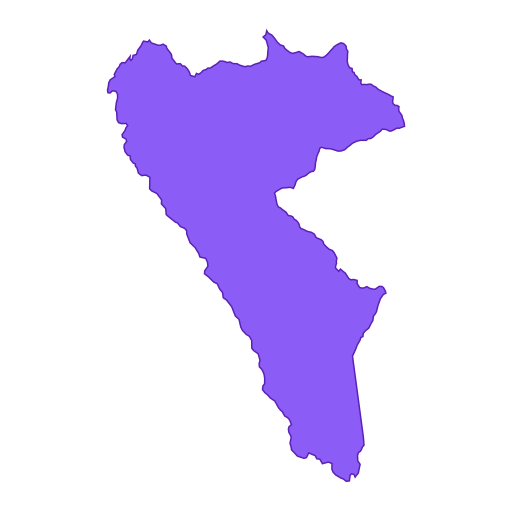 Cachoeira Alta, Goiás, Brazil
{"feature_id": "56859067B56256761057060", "entity_name": "Cachoeira Alta", "entity_type": "district", "adm_level": 2, "iso_a3": "BRA", "parent_name": "Brazil", "parent_adm1": "Goiás", "projection": "robinson", "projection_center": [-50.962, -18.602], "detail": "fine", "context": "isolated", "style": "filled", "palette": "violet", "viewbox_px": 512, "rotation_deg": 0, "n_neighbors": 0, "source": "geoboundaries", "source_scale": "gbopen_adm2", "svg_char_len": 5123}
<svg xmlns="http://www.w3.org/2000/svg" viewBox="0 0 512 512"><path d="M108.8,82.6L108.2,87.1L107.5,89.9L107.9,92.7L110.1,93.0L112.4,90.8L115.9,91.3L117.5,94.1L117.6,98.1L116.4,102.4L115.5,109.7L116.7,112.1L116.9,116.1L117.1,119.9L118.6,122.7L121.5,123.6L126.1,123.5L127.7,125.5L125.8,128.1L125.0,130.6L122.1,134.6L122.5,137.2L125.9,138.9L126.7,141.3L124.3,144.6L124.0,147.3L125.1,151.7L127.5,155.0L130.1,156.0L130.5,159.6L133.2,163.0L135.3,163.9L135.4,166.1L137.1,168.2L138.4,173.1L141.6,175.6L146.0,175.1L149.9,177.3L149.6,188.8L151.8,191.0L156.9,193.5L161.6,199.9L161.4,203.9L165.7,208.6L166.0,212.0L166.2,214.6L168.8,216.9L175.5,222.2L177.5,222.9L180.3,226.5L184.7,228.4L186.6,230.7L186.8,234.2L190.1,242.8L195.0,247.4L198.7,253.4L199.9,257.0L205.7,258.4L207.5,262.2L207.9,266.3L204.7,270.8L204.5,273.8L208.3,276.7L213.8,282.1L217.3,283.8L219.6,288.9L222.5,292.5L223.3,297.8L226.5,300.0L231.7,306.7L235.4,316.1L239.0,319.3L240.8,327.1L242.4,330.3L246.1,334.3L249.5,336.4L251.7,340.5L251.8,348.3L253.6,350.5L258.2,353.8L260.0,360.4L259.1,363.6L259.4,366.9L261.7,369.2L263.2,372.1L264.2,374.9L264.7,378.6L264.6,383.8L262.9,386.0L262.5,389.7L264.8,392.6L267.7,395.0L270.3,398.0L274.8,401.0L278.7,408.0L280.3,409.9L282.3,411.7L284.7,416.0L287.0,417.3L288.5,418.5L289.7,420.2L291.5,424.6L289.1,426.6L288.4,428.9L288.8,432.1L290.7,435.6L291.2,437.7L290.0,443.2L291.2,447.3L291.5,449.8L294.4,452.8L297.4,456.1L304.0,458.3L306.4,457.6L308.8,452.9L312.8,454.7L315.1,455.5L316.8,458.8L319.9,459.2L321.2,461.6L322.4,463.7L326.8,462.5L328.5,462.1L332.0,463.6L331.9,467.0L331.9,469.2L333.0,472.0L335.6,474.9L341.0,478.1L343.4,479.0L346.2,481.3L349.4,480.9L350.1,475.4L351.6,473.8L354.0,474.4L355.1,477.1L356.5,475.2L358.3,473.1L360.1,464.3L357.8,460.9L357.5,455.5L358.4,452.7L360.7,450.9L362.6,446.8L364.0,445.1L363.4,437.4L352.5,356.1L354.3,352.3L356.1,348.2L357.1,345.2L359.9,340.5L360.8,337.5L362.9,336.6L363.3,333.2L365.4,330.8L368.8,328.1L370.9,323.8L372.8,320.6L373.5,316.1L375.5,313.5L376.5,311.5L377.9,305.7L380.5,298.5L383.4,294.4L385.9,293.2L385.4,291.2L383.6,287.8L381.8,286.4L379.2,286.4L377.2,287.8L375.0,289.3L371.9,288.9L369.7,288.3L366.8,286.6L364.1,287.9L362.2,288.1L359.7,287.6L357.2,283.8L357.1,280.4L353.8,279.5L351.1,279.8L348.9,278.7L345.3,273.1L343.2,271.5L340.4,269.1L338.8,271.3L337.0,269.5L335.6,268.2L335.6,266.0L336.5,263.4L336.3,261.0L336.9,258.1L334.1,252.6L332.4,250.5L329.1,249.2L326.7,247.1L324.9,245.3L323.6,243.7L323.1,241.6L321.2,239.7L319.0,238.8L317.2,238.2L315.8,237.0L314.4,234.2L311.4,232.3L308.6,231.7L306.3,230.9L303.9,229.6L300.8,228.4L299.6,226.7L299.1,224.3L298.0,222.4L296.4,220.5L294.3,219.3L292.7,216.8L291.0,216.0L288.2,215.5L286.1,212.2L282.7,209.8L280.4,207.9L278.3,206.9L277.0,204.2L276.0,199.2L275.5,196.0L274.5,193.2L275.8,191.7L277.7,190.5L279.8,189.3L282.0,188.0L286.5,187.7L290.3,187.3L293.4,188.4L295.0,185.0L296.1,181.5L297.6,179.3L301.8,177.0L304.3,176.2L306.1,175.3L307.6,174.0L309.4,172.5L311.6,171.5L313.4,171.3L314.7,169.4L315.3,166.0L315.5,162.7L316.2,160.1L316.7,156.7L317.9,153.7L319.1,151.1L319.8,148.2L321.4,147.3L323.6,147.9L326.1,148.7L327.9,148.6L331.0,148.9L335.6,150.3L337.9,151.1L341.0,151.0L344.8,149.7L347.9,146.8L349.7,145.6L352.5,143.2L354.4,142.3L357.0,141.1L360.7,140.3L366.3,140.3L368.2,138.7L370.7,138.5L373.1,137.0L375.7,134.4L380.4,131.2L382.3,129.1L384.7,129.3L387.2,129.8L388.9,130.9L391.0,131.1L394.3,129.6L396.6,128.2L399.4,128.2L401.7,127.3L404.5,126.3L404.3,123.8L403.7,121.2L402.6,118.5L401.9,115.4L399.0,111.3L398.7,108.8L399.0,106.6L397.0,105.4L395.2,105.4L393.4,104.1L392.6,102.1L393.0,98.9L393.1,96.8L391.1,96.0L389.0,94.7L385.3,93.0L382.2,91.5L380.2,90.4L377.9,89.1L375.9,87.1L373.3,86.0L371.5,84.4L369.4,84.1L366.7,84.6L364.0,84.4L361.9,84.7L360.7,83.1L361.2,79.9L358.9,79.8L356.9,76.5L354.8,74.7L354.0,72.4L352.4,71.8L352.1,68.5L349.6,67.7L348.0,64.8L347.2,61.1L347.4,58.2L347.5,54.4L347.8,51.3L346.4,48.9L346.1,46.1L343.7,43.6L341.0,42.8L338.3,44.0L336.0,45.4L334.2,46.6L332.7,48.5L331.2,50.0L328.5,53.1L326.0,55.6L323.3,57.4L320.6,57.4L318.0,56.7L312.2,56.3L309.9,56.5L307.8,56.8L306.1,56.3L303.5,54.1L301.5,52.9L299.1,51.5L296.1,52.5L292.7,53.4L290.1,52.6L286.8,50.1L284.9,48.5L283.5,45.9L280.1,44.8L277.1,41.9L275.1,39.0L273.2,36.6L271.7,34.9L269.7,34.0L267.9,32.7L266.7,30.7L265.9,34.7L263.1,37.0L266.2,40.1L267.3,44.0L268.3,47.7L267.9,51.1L267.6,55.5L267.1,58.1L265.9,60.4L261.3,61.2L259.8,62.7L256.9,63.6L254.5,64.3L252.3,65.4L250.6,66.3L247.8,66.0L244.9,66.7L239.8,65.2L237.0,63.7L233.0,63.6L230.2,62.0L226.8,62.5L225.0,61.6L222.7,61.1L219.9,61.1L216.7,64.0L214.0,65.6L210.0,68.2L208.1,68.0L206.0,69.5L202.9,70.6L201.1,72.7L198.7,74.3L196.5,73.4L194.8,76.7L190.5,75.5L189.4,72.2L187.6,69.1L184.8,66.2L182.3,65.9L180.4,63.7L176.4,63.9L171.9,58.1L171.7,55.6L171.0,53.7L166.8,48.3L166.3,46.1L163.1,44.2L160.5,45.2L158.0,45.2L151.3,42.9L149.4,40.1L147.8,41.9L143.5,41.1L142.3,43.1L141.1,45.7L137.8,50.1L136.5,54.4L133.1,55.4L132.3,58.9L130.9,60.4L129.8,58.9L130.1,56.4L125.2,62.8L122.1,62.6L120.2,64.2L119.0,67.0L117.2,68.8L114.3,74.3L114.9,76.7L110.2,79.8L108.8,82.6Z" fill="#8b5cf6" stroke="#5b21b6" stroke-width="1.5"/></svg>